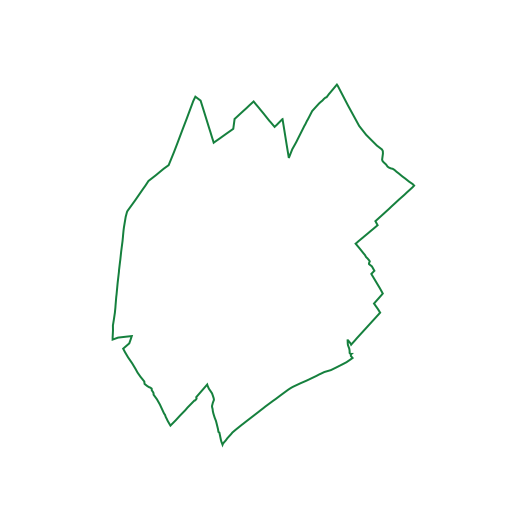 outline of Coronango, Puebla, Mexico, rotated 21°
{"feature_id": "50627088B8502997945058", "entity_name": "Coronango", "entity_type": "district", "adm_level": 2, "iso_a3": "MEX", "parent_name": "Mexico", "parent_adm1": "Puebla", "projection": "natural_earth1", "projection_center": [-98.289, 19.136], "detail": "fine", "context": "isolated", "style": "outline", "palette": "green", "viewbox_px": 512, "rotation_deg": 21, "n_neighbors": 0, "source": "geoboundaries", "source_scale": "gbopen_adm2", "svg_char_len": 4040}
<svg xmlns="http://www.w3.org/2000/svg" viewBox="0 0 512 512"><g transform="rotate(21 256 256)"><path d="M378.4,133.6L376.5,132.7L372.2,131.7L367.5,130.2L364.2,129.3L361.8,128.5L359.8,127.8L357.0,127.0L354.4,126.0L352.3,125.6L350.6,125.9L348.3,125.8L346.8,125.4L344.7,124.0L341.2,122.6L339.9,121.8L339.2,120.8L337.8,114.9L336.8,112.6L335.4,111.4L329.3,109.6L315.4,103.4L305.7,97.6L287.8,82.4L271.3,67.8L270.1,67.0L269.5,68.7L266.3,78.1L266.2,78.2L265.0,82.5L264.1,83.2L263.1,85.0L262.3,87.1L261.2,89.0L260.2,91.0L256.5,100.5L255.4,110.4L255.2,111.1L254.8,115.8L254.6,116.6L253.0,132.7L252.8,134.9L252.4,137.9L251.6,143.3L251.5,152.8L251.4,152.5L244.9,141.4L237.3,128.3L231.7,118.7L231.6,118.8L229.2,124.2L229.1,124.5L228.0,127.0L227.7,127.4L227.1,128.8L221.8,125.9L220.0,125.0L213.0,120.9L212.9,120.8L207.4,117.7L205.7,116.7L203.7,115.6L201.5,114.4L198.4,112.6L197.0,115.4L195.8,117.8L195.2,119.1L194.8,119.9L194.5,120.6L194.1,121.4L193.4,122.8L192.0,125.5L187.1,135.4L186.9,135.7L189.2,145.4L189.1,145.6L184.8,152.0L180.9,157.9L180.6,158.4L176.8,164.0L175.9,165.4L173.9,162.8L173.7,162.6L172.2,160.7L169.0,156.6L165.8,152.6L160.3,145.6L155.1,139.0L153.2,136.6L148.6,130.8L142.3,129.0L141.9,133.8L142.1,152.7L142.1,164.6L142.2,179.4L142.2,188.3L141.9,202.5L138.5,207.7L133.5,216.6L128.7,224.5L128.5,225.5L127.5,230.1L127.4,230.5L126.5,233.9L123.2,247.5L122.8,249.0L120.0,259.5L119.8,260.5L119.8,261.3L120.3,266.1L122.4,276.4L123.2,279.7L124.5,284.4L125.0,286.1L126.1,290.1L126.8,293.0L128.3,299.2L128.6,300.4L130.7,308.3L130.9,309.2L133.3,318.7L133.6,319.5L136.5,330.8L139.6,341.9L140.2,344.3L142.5,352.2L143.2,354.5L144.6,359.6L145.4,363.2L146.2,366.8L147.3,372.1L149.1,376.6L150.2,379.9L151.3,383.3L152.1,385.4L156.5,381.6L161.7,378.9L163.6,377.9L168.3,375.5L168.7,375.3L168.9,379.1L169.0,383.0L165.2,390.1L167.9,392.5L172.8,396.4L178.9,400.6L184.0,404.6L187.2,407.3L191.5,410.2L191.7,410.3L196.7,413.2L197.2,414.3L197.9,415.4L201.1,416.4L202.7,416.7L203.2,416.8L203.4,416.8L203.6,416.8L203.8,416.7L204.6,416.8L205.9,417.1L206.2,417.3L206.8,418.7L208.7,420.0L209.5,420.8L210.1,422.2L214.9,425.3L219.5,429.1L226.3,435.7L226.7,436.0L227.3,436.5L227.8,436.7L229.6,438.8L231.0,440.0L231.8,440.8L232.9,441.8L233.4,442.2L236.9,445.0L239.9,438.2L242.3,432.1L245.2,425.4L246.4,422.0L250.3,413.0L250.7,412.9L251.2,412.0L251.5,411.0L251.6,410.4L251.2,409.8L250.8,409.2L256.5,393.5L257.1,394.3L259.6,396.8L262.1,398.5L264.2,400.0L265.9,402.0L267.5,404.0L268.3,405.4L268.3,408.5L268.7,411.9L269.3,413.0L270.3,414.4L271.3,416.3L272.5,418.1L273.8,419.8L275.4,421.8L277.7,424.3L279.2,426.4L282.6,431.3L284.0,433.7L285.1,434.0L289.3,440.5L290.2,441.7L292.4,444.2L292.4,443.2L292.8,441.8L293.4,440.2L293.8,439.2L294.5,436.6L294.7,436.0L296.7,430.9L297.2,429.3L299.1,425.8L303.4,418.4L304.0,417.5L305.0,415.8L305.9,414.3L314.2,400.7L315.8,398.0L317.4,395.4L317.7,394.9L318.2,394.0L318.8,393.0L323.7,385.3L325.6,382.5L328.4,378.0L329.6,376.1L333.0,370.8L334.1,369.1L335.7,366.9L337.0,365.3L338.2,364.0L343.2,358.8L347.8,354.3L355.3,346.4L357.9,343.4L358.1,343.3L361.4,339.8L366.8,335.7L370.7,331.5L378.5,322.8L381.4,318.6L382.7,316.6L380.5,315.4L380.2,315.0L380.0,314.2L380.0,313.6L380.2,313.2L379.4,313.5L378.6,313.3L378.2,313.0L377.9,312.3L377.5,311.3L377.0,310.3L376.2,309.0L373.9,306.4L373.2,305.2L371.4,301.1L372.1,302.0L372.8,302.1L374.9,303.3L375.6,303.8L376.2,304.3L376.6,304.7L376.8,304.1L378.7,299.2L379.5,296.9L388.7,273.4L389.6,271.1L392.2,264.4L388.9,261.9L383.2,258.1L387.2,247.4L387.8,245.6L383.3,241.8L370.3,231.6L370.1,231.4L370.8,229.7L371.2,228.8L371.4,228.2L371.8,227.4L369.2,225.2L367.8,224.1L366.1,223.6L364.5,223.1L364.1,222.3L364.1,220.2L362.5,219.1L362.2,219.0L361.0,218.3L360.0,217.9L359.1,217.5L357.3,216.0L355.1,214.8L353.1,213.6L351.4,212.6L349.3,211.4L344.6,208.8L345.6,207.0L346.4,205.4L351.4,196.5L352.4,194.7L354.1,191.6L357.5,185.5L358.5,183.7L357.8,183.1L355.0,180.7L363.2,164.5L364.8,161.1L369.2,152.2L372.7,145.5L374.1,142.5L375.8,139.2L377.6,135.6L378.4,133.6Z" fill="none" stroke="#15803d" stroke-width="2"/></g></svg>